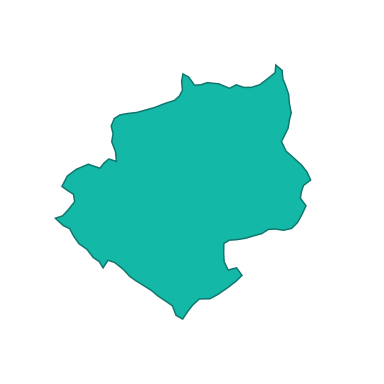 Itaquaquecetuba, São Paulo, Brazil (orthographic projection), rotated 334°
{"feature_id": "56859067B72573583374098", "entity_name": "Itaquaquecetuba", "entity_type": "district", "adm_level": 2, "iso_a3": "BRA", "parent_name": "Brazil", "parent_adm1": "São Paulo", "projection": "orthographic", "projection_center": [-46.334, -23.463], "detail": "fine", "context": "isolated", "style": "filled", "palette": "teal", "viewbox_px": 384, "rotation_deg": 334, "n_neighbors": 0, "source": "geoboundaries", "source_scale": "gbopen_adm2", "svg_char_len": 1409}
<svg xmlns="http://www.w3.org/2000/svg" viewBox="0 0 384 384"><g transform="rotate(334 192 192)"><path d="M131.8,125.9L125.8,127.3L119.7,130.3L111.0,121.6L98.0,120.9L86.9,123.0L77.5,130.0L81.1,136.6L84.5,142.2L82.2,149.3L73.0,153.7L65.3,156.7L57.7,155.7L61.6,165.8L66.0,171.3L66.3,180.1L67.8,189.0L72.4,197.4L74.5,207.6L78.1,213.9L78.8,221.2L86.5,216.5L91.6,221.5L96.3,231.3L99.2,240.9L102.8,247.4L108.4,256.3L112.7,263.3L115.7,270.3L120.2,278.0L124.5,285.7L123.6,295.8L127.9,302.1L136.9,296.9L143.1,293.9L151.7,291.4L161.4,295.8L170.5,295.4L182.3,293.6L192.4,291.5L200.4,288.9L198.8,279.7L190.3,278.0L190.3,268.8L193.4,261.4L198.0,252.3L204.2,251.6L211.2,254.4L219.6,257.0L229.0,258.6L236.6,260.0L244.1,259.1L250.7,261.8L257.5,266.5L265.5,268.4L273.2,265.8L281.0,260.4L288.4,254.4L286.7,245.0L290.7,239.4L295.1,235.0L303.9,233.2L304.1,224.0L302.2,215.6L298.4,206.2L294.5,196.6L294.5,185.9L306.3,176.8L311.5,169.5L315.9,164.4L318.3,155.3L321.7,146.4L322.8,137.3L323.3,130.0L326.3,122.3L323.0,114.6L319.0,121.2L309.9,123.3L299.9,125.3L291.3,124.0L284.4,120.7L278.7,115.0L271.2,115.3L263.6,106.6L253.5,100.3L246.8,99.5L241.1,97.1L239.4,87.2L235.6,81.9L231.3,87.8L228.0,96.3L222.6,100.3L216.2,102.0L207.0,100.6L195.0,99.6L186.4,98.0L177.2,96.3L168.2,93.1L160.8,91.1L154.4,91.9L148.3,97.3L146.6,105.0L141.9,111.6L140.9,122.3L137.5,131.4L131.8,125.9Z" fill="#14b8a6" stroke="#0f766e" stroke-width="1.5"/></g></svg>